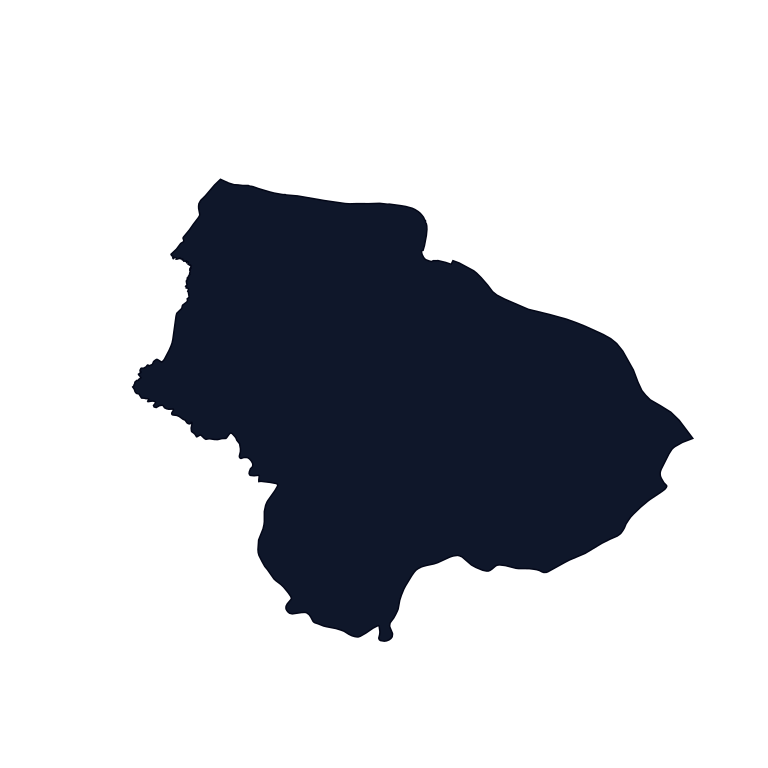 Sawang Wirawong, Ubon Ratchathani, Thailand, rotated 53°
{"feature_id": "78962969B62238671099261", "entity_name": "Sawang Wirawong", "entity_type": "district", "adm_level": 2, "iso_a3": "THA", "parent_name": "Thailand", "parent_adm1": "Ubon Ratchathani", "projection": "equal_earth", "projection_center": [105.01, 15.236], "detail": "fine", "context": "isolated", "style": "filled", "palette": "ink", "viewbox_px": 768, "rotation_deg": 53, "n_neighbors": 0, "source": "geoboundaries", "source_scale": "gbopen_adm2", "svg_char_len": 6146}
<svg xmlns="http://www.w3.org/2000/svg" viewBox="0 0 768 768"><g transform="rotate(53 384 384)"><path d="M327.0,254.7L328.8,258.3L324.0,261.6L317.8,266.7L317.2,267.8L315.3,270.2L315.0,271.1L315.0,272.1L313.6,273.4L310.1,275.7L308.8,276.1L306.7,276.2L303.4,275.6L300.4,274.2L300.3,273.9L300.8,272.4L297.9,268.5L290.8,260.7L286.4,256.7L283.5,254.7L281.6,253.8L280.0,253.6L278.6,252.6L277.1,252.7L274.7,252.1L272.4,252.1L269.5,252.3L266.9,252.9L263.2,254.3L260.6,255.7L255.3,259.8L251.6,263.3L243.5,271.5L242.6,272.9L237.1,278.7L231.2,287.1L222.9,298.1L219.5,302.9L216.6,306.3L201.4,321.4L181.8,339.8L174.2,348.3L173.0,349.1L172.8,349.7L171.3,351.3L165.4,356.8L161.4,360.0L152.3,366.7L147.6,369.8L146.2,371.0L145.4,372.0L143.8,372.9L140.5,377.3L137.2,380.7L134.6,383.8L129.9,387.2L122.1,391.4L123.1,399.6L126.2,413.5L127.0,419.6L127.4,420.7L128.6,423.3L130.3,425.0L132.1,426.3L137.9,429.2L138.7,430.3L139.4,432.0L141.7,440.2L143.8,446.6L146.0,455.8L146.5,456.7L148.5,457.4L149.5,458.0L149.7,458.4L149.4,461.8L151.4,468.6L152.2,476.0L153.7,476.4L154.2,476.0L155.2,475.7L156.0,476.7L156.4,476.4L156.8,476.9L157.1,476.9L157.2,476.5L156.8,475.6L156.9,475.1L157.5,474.6L159.0,473.9L159.4,473.9L159.5,474.4L160.1,473.4L160.1,472.8L160.4,472.3L160.4,471.4L160.6,471.1L161.2,471.3L161.4,470.8L162.0,470.8L163.0,469.8L163.5,470.3L164.1,469.9L165.4,470.0L165.9,469.2L166.7,468.6L166.8,467.8L167.2,467.7L167.8,468.4L168.1,468.5L167.9,467.3L168.4,466.9L168.9,466.9L169.8,468.1L170.2,468.4L172.1,467.7L172.4,467.0L172.9,467.3L173.8,467.0L174.0,467.5L174.4,467.7L174.6,468.5L175.4,468.7L175.4,469.0L175.0,469.2L175.0,469.5L175.6,470.2L176.3,470.2L176.5,470.8L177.3,470.8L178.7,472.7L179.7,473.1L179.6,473.8L180.1,474.2L180.1,475.0L180.4,475.3L180.6,476.0L180.9,476.2L180.9,477.3L181.3,477.6L181.8,477.2L182.1,477.3L182.1,478.5L182.6,478.8L182.8,480.0L183.6,480.1L184.2,480.8L185.6,481.3L185.9,481.3L186.0,480.5L186.6,483.6L187.5,483.3L187.9,484.0L188.3,484.2L189.3,483.1L190.2,482.9L191.2,483.8L191.8,485.0L192.9,485.0L197.3,487.3L197.5,488.5L197.5,489.9L199.1,490.7L199.8,492.1L199.8,497.2L200.1,497.9L201.6,499.6L202.0,500.4L202.7,506.4L203.0,507.2L204.6,509.2L221.4,525.9L223.8,528.7L225.6,531.5L227.8,535.4L232.0,544.3L232.6,546.1L232.7,548.4L228.3,550.1L227.8,550.4L227.4,551.0L227.3,552.9L227.4,554.5L228.7,556.7L228.9,557.7L228.0,560.8L226.9,561.0L226.6,561.3L226.6,562.1L227.1,563.5L226.8,565.9L226.6,566.7L225.3,568.3L225.3,568.8L226.2,570.6L227.4,571.2L227.7,570.7L228.5,571.3L228.4,574.2L229.5,574.4L230.4,574.2L232.8,574.4L232.7,577.1L233.2,577.6L233.3,578.0L232.4,579.1L232.5,581.4L232.7,581.9L233.7,582.9L234.1,583.9L235.0,585.1L235.1,586.5L238.0,586.6L240.2,587.4L241.6,587.5L242.9,587.1L244.4,585.7L249.3,586.1L251.1,584.0L252.3,583.1L253.5,581.6L254.3,581.0L254.8,581.1L255.5,583.1L256.1,583.1L258.2,579.3L259.2,578.2L260.4,577.5L261.0,577.5L261.7,578.1L262.4,581.0L264.0,581.4L265.7,580.1L266.2,576.3L267.4,574.0L268.4,573.4L270.9,573.6L273.0,572.5L274.7,571.0L276.3,568.6L277.3,567.4L277.6,567.4L278.2,568.0L279.2,570.6L279.8,571.3L280.3,571.6L281.1,571.6L281.7,571.2L284.4,568.4L286.7,567.1L291.3,565.7L293.2,564.6L296.5,564.7L297.6,564.3L298.5,563.7L299.0,563.0L299.1,562.3L298.5,561.2L298.9,560.6L299.5,560.8L300.5,561.6L303.1,564.5L305.7,566.1L306.5,566.2L308.7,565.5L310.5,565.2L313.3,565.5L313.6,565.1L314.0,562.2L314.4,561.2L315.0,560.9L319.5,560.2L321.0,559.5L322.1,557.3L322.9,556.1L326.5,552.6L328.4,550.1L330.0,546.4L332.3,543.1L332.2,542.0L331.0,538.2L330.7,536.6L331.0,535.8L332.2,535.1L336.4,534.7L338.3,534.8L340.3,535.4L344.8,535.3L349.3,537.6L351.6,539.4L354.5,542.9L355.3,543.4L356.0,543.5L356.9,543.4L357.4,543.0L358.3,540.3L359.9,538.1L361.0,537.1L362.9,536.5L365.2,536.3L367.9,536.6L369.3,537.2L370.5,538.3L371.0,539.2L371.3,541.6L373.0,544.3L374.3,545.6L375.8,546.0L376.7,545.6L379.1,543.0L381.2,539.5L381.7,539.0L382.7,539.3L385.2,541.7L386.6,542.7L387.7,540.8L393.9,534.3L398.5,530.1L399.9,529.4L400.8,529.7L401.6,530.8L403.5,535.3L407.2,546.9L407.8,548.4L409.6,551.5L413.8,556.3L422.0,562.5L424.1,564.5L426.9,567.8L433.1,578.0L440.4,584.3L442.9,585.9L445.6,587.0L452.2,588.2L457.9,589.0L462.2,588.8L473.4,589.2L476.1,588.7L482.0,587.0L485.7,586.4L493.1,586.1L497.5,586.3L499.2,586.8L500.0,587.6L501.3,593.4L502.5,595.9L503.2,596.6L504.6,597.6L506.4,597.9L508.1,597.9L510.2,597.4L512.4,595.6L516.9,587.4L518.9,584.5L520.1,583.5L523.1,582.6L525.9,582.7L530.8,583.5L531.8,583.4L533.1,582.9L535.8,581.0L540.9,577.9L543.2,576.0L550.4,569.5L554.3,566.7L557.4,564.7L562.7,562.7L565.8,561.1L568.2,559.3L570.0,557.5L570.6,556.6L571.2,554.7L572.0,548.5L572.4,539.6L573.1,535.5L573.4,534.2L573.8,533.7L574.8,533.8L579.6,536.5L581.6,538.4L583.5,540.8L584.3,541.4L585.6,541.6L586.8,541.2L589.6,538.5L590.7,536.5L591.4,533.9L591.4,531.6L590.8,529.6L588.9,527.7L588.2,527.3L581.6,525.6L580.5,525.0L578.7,523.2L578.1,521.8L576.8,517.2L575.1,513.4L573.3,509.9L572.2,508.1L566.2,501.6L563.1,497.2L559.7,491.5L558.2,488.3L553.7,477.0L552.4,472.9L551.9,470.3L552.0,467.8L552.6,464.2L553.3,462.2L554.6,459.0L557.7,452.4L559.0,448.6L561.7,436.1L562.5,433.5L563.2,431.8L565.2,428.3L566.8,427.0L569.1,425.7L581.1,423.1L585.8,421.0L592.1,417.3L595.1,414.7L596.2,413.2L596.7,411.4L596.8,409.1L596.5,404.2L596.9,402.5L598.0,400.6L602.1,396.3L610.6,389.5L612.4,387.6L618.8,379.2L621.8,376.1L624.2,373.8L626.5,372.1L629.1,370.9L630.6,369.9L632.1,367.8L632.6,366.2L635.4,346.4L636.2,341.7L640.3,325.3L642.3,305.9L644.0,296.7L645.8,289.2L645.9,285.8L645.7,284.3L644.6,280.9L643.6,278.6L641.4,274.9L639.8,270.5L638.7,267.0L638.0,263.1L636.8,253.3L636.3,244.0L636.3,241.0L637.1,226.8L637.1,223.1L636.5,220.8L635.8,219.7L635.1,219.4L631.3,219.9L626.2,219.3L624.0,218.7L621.9,217.5L620.4,216.1L618.9,213.9L611.3,198.5L609.4,193.4L609.1,191.1L609.1,189.2L610.2,180.8L613.3,170.1L590.6,170.1L579.1,171.9L567.7,176.3L556.9,180.9L550.4,181.8L544.4,182.0L535.5,180.1L522.9,176.4L501.4,173.5L491.7,173.8L484.4,175.6L476.6,179.0L459.1,188.5L451.6,193.0L442.1,199.2L428.3,209.8L411.2,223.8L388.7,236.6L380.8,240.4L375.6,241.7L367.4,241.7L357.5,242.4L351.2,243.3L347.6,244.2L332.6,251.1L327.0,254.7Z" fill="#0f172a" stroke="#020617" stroke-width="1.5"/></g></svg>